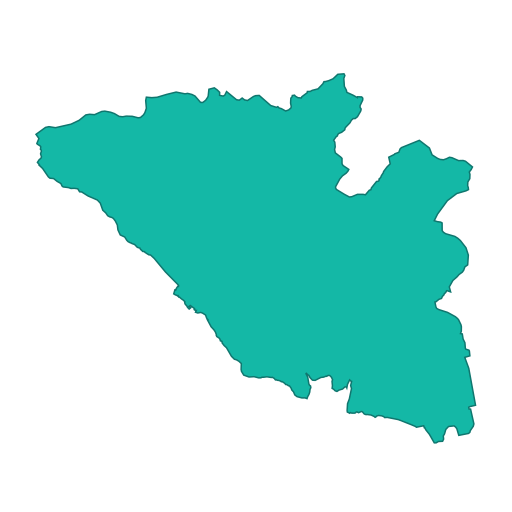 Paltinis, Caras-Severin, Romania, rotated 91°
{"feature_id": "2599482B25505724064349", "entity_name": "Paltinis", "entity_type": "district", "adm_level": 2, "iso_a3": "ROU", "parent_name": "Romania", "parent_adm1": "Caras-Severin", "projection": "albers", "projection_center": [22.135, 45.385], "detail": "fine", "context": "isolated", "style": "filled", "palette": "teal", "viewbox_px": 512, "rotation_deg": 91, "n_neighbors": 0, "source": "geoboundaries", "source_scale": "gbopen_adm2", "svg_char_len": 6004}
<svg xmlns="http://www.w3.org/2000/svg" viewBox="0 0 512 512"><g transform="rotate(91 256 256)"><path d="M138.2,478.1L142.3,475.1L147.3,477.1L148.0,476.6L149.6,473.9L150.6,473.1L153.1,473.4L153.9,472.6L154.9,472.4L157.6,473.2L160.6,472.2L162.1,472.8L163.4,474.4L166.2,476.2L168.5,474.2L168.9,474.5L172.2,470.9L180.5,465.0L181.8,463.4L182.1,459.7L184.9,456.1L186.9,452.4L189.5,451.1L190.3,450.0L190.9,444.6L191.7,442.2L191.5,438.9L191.9,435.4L194.9,433.5L195.0,431.4L198.9,425.0L202.8,415.6L205.9,412.6L212.9,410.0L215.5,407.0L218.3,405.0L219.4,403.0L220.0,400.7L220.9,399.3L223.4,397.3L227.4,395.2L232.3,394.5L237.3,392.1L239.3,387.6L242.5,385.5L243.9,384.1L245.1,381.7L245.1,381.1L245.7,380.3L246.6,377.6L249.4,374.8L250.2,372.1L251.6,371.5L251.7,371.0L253.4,369.4L253.6,367.5L254.4,367.0L256.7,363.1L256.8,361.5L260.1,357.8L273.6,346.2L286.1,333.4L286.7,332.9L287.8,333.0L287.7,333.7L290.0,335.2L291.2,335.4L291.5,335.8L291.1,336.1L291.2,336.5L295.3,337.6L296.3,335.9L296.7,334.6L298.0,332.7L297.0,333.5L296.9,333.2L298.5,332.4L298.6,331.6L300.1,329.9L301.5,327.8L303.0,326.3L303.9,326.5L305.3,326.0L307.3,324.2L308.5,323.6L310.2,321.9L308.9,320.4L307.6,322.1L306.6,320.9L309.6,316.6L310.1,316.4L310.4,316.9L311.0,316.6L311.1,315.9L311.7,315.4L311.6,314.8L313.3,315.5L314.0,313.2L313.4,310.3L314.0,308.5L315.9,305.4L318.9,304.3L320.5,303.0L320.6,303.5L327.6,299.6L330.4,296.9L332.5,295.4L335.1,294.3L335.8,294.4L337.2,293.8L338.6,291.6L339.4,290.8L341.1,290.2L340.9,290.0L341.7,289.4L342.0,288.5L343.6,288.3L346.1,286.3L348.2,283.9L356.7,278.8L359.6,275.8L360.1,273.8L361.5,271.3L363.8,268.8L369.7,268.9L371.6,268.5L375.3,266.2L377.1,260.9L376.7,255.8L377.8,251.2L377.7,248.9L377.1,248.0L377.1,246.4L376.6,243.0L377.2,238.5L377.0,237.5L378.2,235.4L379.3,234.7L379.6,234.2L379.3,233.6L379.9,232.6L380.0,231.1L380.6,229.3L381.3,228.5L381.1,227.7L382.7,225.2L384.0,224.0L384.1,222.7L385.2,221.3L385.2,220.3L387.8,218.4L389.2,218.0L391.2,216.1L394.2,214.8L395.9,212.5L397.1,207.7L397.0,204.5L397.7,202.5L395.8,201.9L393.6,200.7L391.1,199.9L388.6,199.7L386.7,198.9L385.0,199.2L384.2,200.3L383.0,200.9L376.1,202.2L373.4,203.7L372.6,203.9L372.4,203.5L373.6,202.5L374.5,201.0L376.6,199.9L378.9,197.7L379.2,197.2L379.3,195.5L379.3,194.7L376.3,189.0L375.9,186.2L374.9,183.8L375.1,183.2L374.3,182.2L374.1,180.8L374.5,179.8L376.0,178.4L378.3,177.3L380.0,177.8L384.4,177.3L387.0,177.6L387.9,176.0L389.4,174.5L390.0,172.7L388.6,170.6L387.5,167.1L385.5,165.0L385.2,163.4L386.3,162.9L382.8,162.3L378.2,160.2L379.5,158.9L379.7,158.2L383.9,159.1L386.8,158.2L397.3,160.2L402.0,161.9L408.8,162.2L410.4,162.0L411.6,159.5L410.9,158.9L411.4,157.6L411.4,154.8L411.1,153.8L410.3,153.1L410.1,152.4L410.9,150.7L409.7,148.2L409.7,147.4L410.1,146.7L411.9,145.2L412.4,144.2L412.7,143.1L412.5,142.3L413.0,138.2L414.4,135.0L415.2,134.1L414.9,133.4L414.0,132.7L413.3,130.8L413.6,127.6L414.3,125.6L415.3,124.5L415.1,121.9L417.1,110.8L421.8,98.2L423.6,93.7L424.4,92.6L422.8,85.4L425.4,84.5L424.3,84.5L426.8,83.2L431.3,79.5L439.7,74.5L439.7,72.7L438.3,70.4L438.0,66.2L435.8,65.2L432.7,65.6L430.6,64.4L426.1,63.2L423.1,60.5L422.4,55.0L423.6,53.4L425.2,52.2L431.8,50.1L429.7,40.4L428.6,39.1L426.9,38.7L422.5,35.8L420.1,35.2L405.3,38.8L405.3,40.3L403.5,40.7L402.9,39.7L401.4,33.9L364.6,41.3L353.7,45.5L352.1,40.4L347.2,41.0L346.4,41.5L345.5,44.6L344.5,45.1L339.1,45.6L335.3,47.5L330.8,48.3L330.3,48.4L330.0,50.2L327.7,49.4L323.1,49.4L321.1,49.9L316.3,52.3L315.0,53.4L313.2,55.6L309.7,62.2L309.0,63.6L306.4,72.2L305.3,74.4L303.8,75.2L298.9,76.3L298.6,75.2L296.1,72.3L295.2,69.8L293.1,68.9L291.7,67.5L290.5,67.1L289.2,65.7L287.4,64.8L287.3,64.4L288.5,60.8L283.5,62.2L277.0,58.7L273.3,54.6L271.0,52.7L268.5,49.4L266.6,48.1L263.3,47.0L261.2,44.2L251.4,43.7L244.1,46.2L237.0,51.9L234.7,54.6L232.9,57.6L230.4,66.8L229.0,69.0L227.4,70.3L219.7,70.5L218.9,71.9L218.5,75.2L217.6,78.4L210.9,75.2L197.3,65.6L190.0,56.3L187.2,47.2L185.9,44.7L183.7,45.0L182.1,45.6L178.3,45.5L175.0,43.6L170.7,43.5L168.3,44.2L165.9,42.4L163.2,41.1L157.6,48.2L156.9,50.6L157.1,55.1L154.3,61.8L153.9,64.3L155.4,67.2L156.5,70.2L156.2,73.7L155.2,76.2L151.8,81.7L145.0,84.5L137.5,94.7L145.1,112.5L146.4,113.8L149.8,115.0L151.4,119.0L152.0,119.4L154.9,125.0L161.5,123.4L164.5,126.4L169.3,129.9L170.6,130.2L173.4,132.0L175.3,132.7L176.9,134.3L177.1,134.0L178.6,134.4L179.1,135.1L179.4,136.8L185.9,141.8L187.8,142.3L188.2,143.8L192.9,147.7L192.5,149.9L192.6,155.7L195.0,161.1L195.4,163.6L192.8,168.7L188.1,176.7L186.7,177.6L185.3,177.6L177.6,173.6L174.3,170.9L171.7,167.4L169.6,165.6L167.8,164.7L164.0,170.6L162.2,171.6L156.9,171.7L155.6,173.0L151.5,178.5L148.1,179.3L145.5,178.7L140.8,179.2L138.9,180.4L135.3,177.9L134.5,176.7L133.1,176.4L132.0,175.3L130.8,172.5L128.2,169.4L126.8,169.3L125.6,168.5L121.2,164.4L118.6,163.0L116.9,161.2L116.9,159.3L115.0,157.0L109.4,153.9L107.9,153.5L106.8,153.6L105.8,154.5L103.9,154.6L98.2,152.0L96.3,152.0L95.1,153.1L95.0,157.8L94.8,157.9L95.7,157.7L93.5,161.8L90.8,168.0L88.5,168.6L84.9,170.6L76.9,171.3L74.0,170.3L72.3,171.2L72.9,177.4L77.5,182.1L79.4,186.3L80.3,189.3L80.5,191.1L82.6,192.1L87.8,196.9L89.4,202.7L90.5,204.7L90.6,207.5L91.9,207.7L95.9,212.9L97.2,213.5L97.0,216.8L95.6,219.3L94.5,220.3L94.9,222.5L96.0,222.6L97.6,223.9L99.4,224.0L102.6,224.1L105.7,223.4L107.3,223.6L109.4,225.9L110.5,228.9L108.2,233.2L107.6,235.5L106.3,236.8L107.0,238.1L105.3,243.9L95.4,255.6L95.7,259.3L96.6,261.4L100.7,267.2L100.1,270.2L98.3,272.6L100.5,275.4L100.1,278.2L92.1,288.3L95.7,290.0L96.7,291.6L96.0,295.2L93.0,295.2L90.6,297.7L88.6,300.6L90.1,306.0L96.9,306.6L98.0,307.0L101.1,309.0L103.4,311.8L103.4,314.1L97.1,319.8L95.6,322.9L94.6,327.2L95.1,329.8L93.5,338.7L96.0,348.2L99.0,357.6L99.5,363.0L99.1,368.4L102.5,369.0L110.2,368.2L114.6,369.6L116.9,371.0L119.5,373.9L119.9,376.2L118.5,382.1L118.4,388.1L119.1,391.7L118.8,395.3L116.1,400.0L114.8,403.8L113.8,409.7L114.2,412.8L117.5,419.9L117.2,424.9L117.9,428.6L123.4,435.2L127.4,443.2L131.2,458.7L130.3,465.3L131.1,468.7L138.2,478.1Z" fill="#14b8a6" stroke="#0f766e" stroke-width="1.5"/></g></svg>